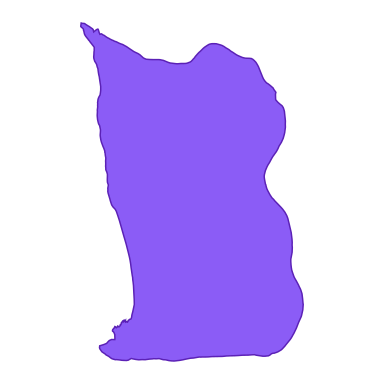 Prek Prasab, Krâchéh, Cambodia (Robinson projection)
{"feature_id": "14789045B57642852254246", "entity_name": "Prek Prasab", "entity_type": "district", "adm_level": 2, "iso_a3": "KHM", "parent_name": "Cambodia", "parent_adm1": "Krâchéh", "projection": "robinson", "projection_center": [105.824, 12.492], "detail": "fine", "context": "isolated", "style": "filled", "palette": "violet", "viewbox_px": 384, "rotation_deg": 0, "n_neighbors": 0, "source": "geoboundaries", "source_scale": "gbopen_adm2", "svg_char_len": 5854}
<svg xmlns="http://www.w3.org/2000/svg" viewBox="0 0 384 384"><path d="M99.7,345.8L99.5,347.7L99.8,348.8L101.9,351.8L105.3,354.1L105.9,354.8L108.8,356.4L110.8,358.0L112.1,358.8L115.3,359.7L116.4,359.6L119.4,359.9L122.0,360.3L126.3,360.5L128.2,360.2L131.2,358.5L133.0,358.9L134.1,359.1L135.5,359.4L137.1,359.6L138.8,359.8L142.1,359.6L145.1,359.7L149.4,359.1L152.4,358.9L153.6,358.7L156.4,358.8L158.8,358.6L159.7,358.7L160.7,359.0L163.2,359.7L165.5,359.8L166.9,360.1L168.5,360.5L169.8,360.7L171.7,360.9L174.2,361.0L179.5,360.4L182.9,359.8L185.5,359.2L190.6,358.2L193.6,358.0L199.3,357.0L200.9,357.1L201.8,357.0L204.8,357.0L208.0,356.9L212.0,356.6L222.6,356.4L226.3,356.0L230.5,355.8L234.8,355.7L238.5,355.5L242.5,355.2L248.2,355.1L252.1,354.8L254.5,354.7L256.2,355.2L262.9,356.2L264.9,356.2L268.5,355.8L270.0,355.0L271.5,353.7L273.1,353.2L274.1,353.2L276.5,352.4L278.0,351.8L279.5,350.9L281.2,349.9L282.3,348.9L284.9,346.1L285.8,344.9L290.1,339.6L291.1,338.2L292.1,336.5L292.9,335.0L293.9,333.3L296.4,328.1L298.6,322.4L301.1,316.9L301.4,316.1L301.7,314.9L302.0,313.5L302.8,309.9L303.2,304.4L303.0,303.2L302.6,298.7L302.0,293.8L301.7,292.8L301.2,291.2L300.5,289.2L299.0,286.2L298.5,285.0L296.3,280.9L295.4,279.4L294.5,277.8L293.9,276.5L292.4,272.2L291.7,269.9L291.3,267.5L291.0,264.8L290.8,261.7L290.8,259.2L291.2,257.1L291.7,254.5L292.1,252.3L292.3,247.6L292.1,245.0L292.2,242.5L292.0,239.2L291.2,232.6L290.5,229.6L289.0,223.2L287.8,218.3L286.8,215.7L284.9,212.2L282.6,209.1L281.0,207.3L274.8,200.9L273.7,199.5L272.9,198.7L272.4,198.3L271.6,197.3L270.7,195.9L269.8,194.5L267.6,190.4L266.8,188.6L266.1,186.2L265.8,184.7L265.5,184.3L265.3,183.4L264.7,180.2L264.3,177.8L264.2,176.3L264.4,174.6L265.4,170.6L267.1,166.6L268.1,164.7L269.4,162.7L271.6,158.6L272.9,156.4L273.8,155.2L274.7,153.9L276.3,151.7L277.9,148.8L279.1,146.0L281.4,142.3L283.2,138.3L284.1,135.1L284.7,132.7L285.4,127.2L285.3,124.2L285.4,121.0L285.1,118.0L284.7,114.2L284.4,111.3L283.8,109.2L283.2,107.5L282.0,105.7L279.7,103.9L277.8,102.2L276.4,100.6L275.7,99.7L275.6,99.0L275.6,98.2L275.5,95.4L275.5,94.1L275.9,92.3L274.9,90.9L273.8,89.4L273.2,88.1L272.9,87.8L270.5,85.7L269.0,84.5L267.8,83.6L266.5,82.9L264.7,80.8L263.5,79.0L262.6,77.1L258.4,66.6L257.2,64.4L255.9,62.3L254.3,60.6L252.8,59.3L251.3,58.5L249.2,58.3L245.6,58.2L244.0,57.9L242.2,57.4L238.0,55.6L236.3,54.7L232.6,52.2L231.2,51.4L230.1,50.6L229.2,49.8L227.6,48.8L226.3,48.1L223.8,46.4L221.9,45.4L220.1,44.8L216.5,43.8L214.9,43.7L213.3,43.7L212.0,43.7L210.7,43.9L209.2,44.3L207.6,45.2L204.6,47.2L203.2,48.4L200.4,51.2L198.9,52.5L197.5,54.0L196.3,55.4L195.3,56.5L194.4,57.9L193.3,59.0L192.3,60.2L191.1,61.4L190.2,62.0L187.3,63.1L186.0,63.4L183.7,63.5L182.0,63.5L180.8,63.5L177.5,63.8L176.0,63.7L170.2,63.0L168.0,62.3L165.4,61.2L163.4,60.4L160.0,59.7L158.6,59.6L153.1,59.6L149.8,59.5L147.2,59.3L146.1,59.2L144.5,58.5L143.2,57.8L141.8,56.5L139.8,54.7L137.9,53.5L135.7,52.5L133.9,51.6L130.0,49.0L126.5,46.6L125.0,45.8L122.7,44.5L120.6,43.8L118.9,43.1L117.0,42.1L115.6,41.5L115.2,41.5L114.9,41.4L113.2,40.5L111.9,40.0L109.9,39.0L108.8,38.3L107.3,37.6L105.5,36.4L104.4,35.5L103.0,34.9L101.6,33.9L101.0,33.9L99.9,34.3L99.7,33.8L99.1,32.4L98.8,31.2L98.3,29.7L97.9,29.1L97.2,29.3L96.4,29.7L93.7,31.9L93.2,29.7L92.5,28.8L91.7,28.3L89.2,26.5L88.1,25.9L85.9,24.5L84.8,23.7L84.0,23.4L82.6,23.4L81.2,23.0L80.8,25.9L80.8,26.6L81.6,27.4L82.8,28.3L83.2,28.9L83.4,29.3L83.5,29.8L83.5,30.3L83.8,31.0L84.1,32.4L84.4,33.8L84.8,34.8L85.6,36.1L86.5,37.3L87.9,39.0L88.2,39.4L88.6,40.1L89.2,40.5L89.5,41.1L90.1,41.9L90.6,42.7L91.1,43.1L92.4,44.9L92.8,45.3L93.8,46.7L94.1,47.1L94.3,47.6L94.2,48.0L94.2,50.9L94.0,51.8L93.9,54.6L93.7,56.9L93.9,58.6L94.7,61.2L96.2,63.6L96.7,64.7L97.2,66.9L97.9,68.6L98.1,70.4L98.3,71.9L98.5,73.2L98.7,74.4L99.3,76.9L99.4,77.9L100.7,86.5L100.7,89.5L100.7,90.3L100.4,92.8L100.1,94.8L99.9,95.2L99.7,95.6L99.3,96.3L98.9,97.0L98.3,98.4L97.9,100.0L97.8,101.5L97.6,102.2L97.6,102.8L97.7,103.4L97.6,105.9L97.7,106.8L97.5,108.4L97.3,110.0L97.4,111.7L97.2,115.2L97.3,117.0L97.4,117.8L97.5,119.1L97.8,120.7L98.3,122.8L98.6,123.8L99.0,124.6L99.4,125.2L99.7,126.0L100.1,128.0L100.4,129.3L100.5,130.7L100.4,132.1L100.2,134.8L100.2,135.5L100.4,137.1L100.8,139.8L101.4,142.1L102.9,146.2L103.9,148.5L104.8,151.1L104.8,152.2L105.1,153.1L105.2,154.2L105.4,155.9L105.7,157.3L105.8,158.5L105.6,161.0L105.7,162.8L105.7,165.1L105.6,166.0L105.8,168.1L105.8,169.5L106.0,170.3L106.8,172.0L107.3,173.9L107.4,174.3L107.4,175.8L107.3,179.7L107.4,182.2L108.1,184.3L108.3,184.7L108.3,185.4L107.8,188.2L107.9,189.7L107.8,191.4L108.1,193.1L109.9,199.1L110.3,200.7L111.5,204.4L111.8,205.1L112.3,205.9L113.2,207.2L114.8,208.8L115.4,209.6L116.4,211.5L116.9,213.0L117.7,215.3L119.4,220.5L124.0,236.7L124.7,239.0L125.3,241.1L126.2,244.2L127.9,250.9L128.7,254.1L129.4,257.0L130.1,260.4L130.7,264.2L131.1,267.7L131.2,268.3L132.3,275.8L132.6,277.3L132.8,280.0L133.1,282.1L133.5,285.8L133.6,288.0L134.2,299.3L134.3,304.5L133.2,309.7L133.0,310.6L132.8,311.6L131.9,315.0L131.6,317.2L131.4,317.9L131.0,318.9L130.4,319.2L129.9,319.2L128.2,320.5L127.9,321.6L127.5,322.1L127.0,321.7L126.7,321.6L125.8,322.2L125.5,321.7L125.5,320.9L125.1,321.6L124.7,321.3L124.6,320.7L125.0,320.2L124.4,320.1L123.9,320.2L123.7,320.5L123.8,321.0L123.6,321.6L123.2,321.0L122.8,320.9L122.2,321.8L121.9,322.1L121.9,322.5L121.4,322.7L121.4,323.3L121.3,323.8L121.1,324.1L120.4,324.5L120.6,324.9L120.4,325.6L119.0,326.4L119.0,326.8L118.4,326.8L118.0,326.5L117.7,326.1L117.4,326.5L117.2,327.0L116.7,327.3L116.5,327.7L116.1,327.6L115.8,327.4L115.5,326.8L114.9,326.5L114.5,327.3L114.4,327.9L113.5,328.5L113.2,329.2L112.7,329.6L112.5,330.4L112.5,331.0L112.8,331.4L113.4,331.7L114.2,333.0L114.4,333.8L114.8,334.6L114.8,336.1L114.9,337.6L114.9,338.5L114.8,339.6L111.6,339.5L109.3,340.5L107.8,342.0L106.6,343.4L104.2,344.4L102.4,345.0L99.7,345.8Z" fill="#8b5cf6" stroke="#5b21b6" stroke-width="1.5"/></svg>